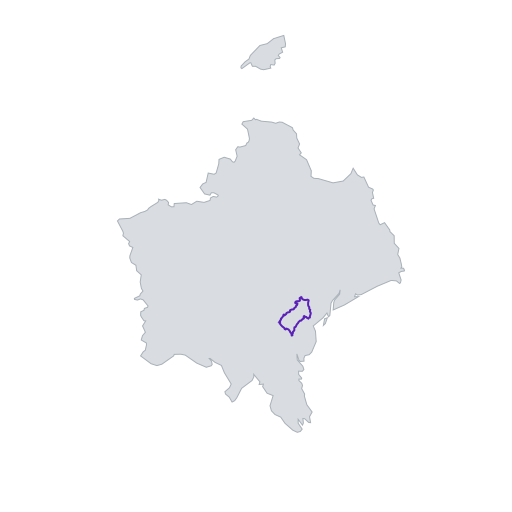 Deux-Sèvres highlighted on a map of France, rotated 234°
{"feature_id": "FRA-5285", "entity_name": "Deux-Sèvres", "entity_type": "Metropolitan department", "adm_level": 1, "iso_a3": "FRA", "parent_name": "France", "parent_adm1": "", "projection": "albers", "projection_center": [-0.346, 46.535], "detail": "medium", "context": "in_parent", "style": "outline", "palette": "violet", "viewbox_px": 512, "rotation_deg": 234, "n_neighbors": 0, "source": "natural_earth", "source_scale": "10m", "svg_char_len": 5592}
<svg xmlns="http://www.w3.org/2000/svg" viewBox="0 0 512 512"><g transform="rotate(234 256 256)"><path d="M359.2,210.6L356.7,212.3L355.4,215.5L353.7,216.4L350.7,216.7L349.0,215.0L345.4,216.5L344.1,218.6L346.5,220.7L340.0,231.0L335.6,234.0L335.1,240.3L329.9,245.5L328.2,250.7L328.1,251.7L329.7,253.2L329.3,256.4L326.7,258.8L326.9,260.9L327.7,261.1L331.9,259.1L333.4,257.0L332.3,254.5L336.4,250.9L344.3,251.0L345.6,255.2L344.9,258.9L351.2,266.1L346.7,270.2L346.6,272.6L352.4,280.0L355.9,282.9L354.6,288.3L349.5,292.2L346.1,292.3L344.7,293.3L345.0,294.9L347.8,299.4L353.9,302.0L355.1,305.5L353.6,306.9L351.4,312.6L352.8,315.2L352.5,316.4L353.3,318.2L355.0,319.8L363.6,323.7L371.0,322.1L372.2,324.6L368.3,332.2L368.9,335.3L366.6,335.6L366.3,336.7L361.9,339.6L355.1,347.4L351.8,349.9L350.7,353.6L348.8,355.8L338.3,360.9L336.2,360.1L331.0,360.6L327.5,358.3L321.0,357.1L318.7,353.5L312.8,353.2L312.3,350.7L304.2,353.5L292.4,350.8L288.1,347.3L284.8,348.5L282.0,351.9L269.9,361.3L265.4,370.6L266.8,381.1L269.9,386.2L262.1,385.7L257.6,387.5L256.5,389.7L245.5,387.5L241.5,389.8L240.4,389.7L238.9,387.5L233.5,385.1L234.2,383.4L233.5,381.8L228.4,380.7L226.7,382.3L224.7,379.2L210.5,374.7L208.3,374.8L207.4,379.6L198.4,379.5L197.0,378.7L191.2,379.7L185.0,375.3L178.1,376.1L173.9,371.5L169.8,371.2L164.0,368.8L161.4,367.5L161.0,366.1L159.3,368.2L157.2,367.7L156.7,367.1L158.1,364.5L158.5,361.6L151.3,359.3L149.4,357.1L149.4,356.0L153.3,355.0L156.8,351.0L160.3,336.1L162.9,318.5L164.7,315.2L166.9,314.3L165.1,311.8L162.9,315.0L164.4,298.8L167.0,286.7L172.8,291.7L174.2,293.9L175.9,301.2L179.2,304.2L177.0,301.3L175.0,291.6L173.7,288.9L164.5,280.8L164.2,278.9L168.2,279.9L166.6,273.9L165.8,261.2L160.2,259.9L151.4,254.4L145.5,244.6L144.9,241.0L146.6,237.2L145.2,234.7L142.7,233.0L144.7,229.8L146.5,229.5L152.8,231.5L147.7,228.3L139.3,229.1L136.0,228.0L135.5,225.7L137.8,222.8L135.1,220.9L130.3,221.2L129.7,220.4L131.2,218.3L130.0,217.5L126.1,218.2L123.9,217.5L121.9,215.0L115.7,214.2L114.3,212.8L105.8,209.7L96.8,209.7L94.5,204.8L89.1,202.2L90.3,200.8L95.8,199.7L97.0,198.4L93.1,196.2L91.8,194.2L99.1,194.1L95.9,191.8L88.8,191.6L88.0,188.7L89.1,185.8L93.4,183.4L103.7,181.1L111.1,181.3L116.5,178.2L121.7,177.5L126.6,179.3L133.0,187.8L138.5,184.3L146.4,184.6L148.0,186.7L150.2,183.0L151.9,185.2L161.6,184.6L159.4,183.1L157.6,179.6L157.4,166.6L152.6,157.1L151.5,153.7L151.9,150.8L157.5,151.4L162.3,150.2L164.5,151.1L165.0,157.1L167.0,160.7L180.1,161.8L187.8,163.7L194.1,160.3L200.1,158.7L200.6,157.9L197.1,158.2L194.0,156.8L193.5,155.2L195.2,150.4L204.2,145.1L217.4,140.5L220.7,137.5L224.5,132.0L223.6,130.7L223.8,116.2L225.6,111.4L230.5,107.8L243.0,103.9L244.8,108.5L244.8,111.0L248.3,115.0L250.0,116.2L255.5,113.8L258.3,117.4L259.3,121.7L266.1,123.1L268.3,128.6L269.5,127.3L273.7,127.4L275.7,127.7L278.6,130.0L277.9,133.4L279.2,134.9L278.2,138.1L279.1,139.3L286.9,138.9L289.2,137.3L290.0,134.2L292.3,132.2L293.2,132.7L292.1,138.6L293.2,140.0L294.1,144.0L297.0,144.2L303.0,147.0L308.2,152.1L314.2,150.8L319.1,153.4L323.9,151.4L328.6,152.7L330.3,154.1L335.3,161.4L338.5,159.6L340.9,160.2L341.9,162.3L350.6,160.2L352.4,162.2L354.3,162.8L365.8,164.5L366.2,167.3L360.6,176.1L358.9,188.0L357.4,192.2L357.0,195.3L357.7,197.3L357.7,200.4L357.1,208.1L358.1,210.2L359.2,210.6ZM419.5,361.2L419.5,366.1L421.6,369.3L424.0,382.9L421.2,389.9L421.5,398.0L418.1,408.1L410.5,404.7L408.0,402.6L409.6,398.8L405.2,397.3L405.8,393.6L405.2,391.9L402.3,392.1L402.0,391.1L403.8,388.2L403.6,386.5L400.6,384.7L399.8,382.9L402.2,380.5L400.8,378.7L399.3,378.4L402.2,371.7L404.4,369.6L409.7,367.2L411.6,364.6L415.4,365.4L415.9,364.7L415.9,354.7L417.1,354.4L418.4,355.6L419.5,361.2ZM164.9,274.6L164.1,277.4L160.6,272.4L160.2,269.7L164.9,274.6Z" fill="#d9dde1" stroke="#a8b0b8" stroke-width="1"/><path d="M178.3,267.0L177.8,266.8L177.3,266.5L175.3,263.9L174.7,263.5L174.9,263.1L174.9,262.6L174.6,261.6L176.0,260.9L177.0,260.9L177.9,260.0L178.3,259.9L178.7,259.9L179.1,259.7L179.1,259.4L179.1,259.2L178.8,258.9L178.1,258.2L177.6,258.3L177.5,258.1L177.4,257.7L177.6,256.4L177.2,254.7L177.3,254.3L177.6,254.0L177.8,253.6L177.5,251.4L177.0,250.5L176.9,249.8L176.8,249.2L176.2,247.9L175.6,246.9L175.4,246.4L175.4,246.0L175.7,245.3L175.6,245.1L174.9,244.4L173.6,243.5L173.4,243.3L173.1,242.4L173.0,241.4L172.7,241.0L172.1,240.7L171.3,239.3L170.5,238.8L170.6,238.3L170.7,238.2L171.3,238.4L172.2,239.0L172.6,239.1L174.2,238.9L174.8,239.1L176.0,239.2L177.5,239.1L179.3,238.0L179.4,237.8L179.4,237.6L179.2,237.2L179.2,236.8L179.6,236.5L180.0,236.3L180.5,236.4L181.0,236.6L182.6,236.2L183.2,235.9L185.6,235.6L186.9,235.7L187.5,235.5L188.0,235.8L188.2,236.4L188.4,236.8L188.9,236.9L189.1,236.5L189.6,237.7L189.8,238.6L189.9,238.9L190.4,239.1L190.7,239.5L190.7,240.3L191.3,242.4L191.7,243.0L192.1,243.4L192.2,243.7L192.2,244.2L191.9,244.4L191.2,244.4L191.2,245.0L191.3,246.3L191.8,246.9L191.9,247.4L191.7,248.5L191.1,249.7L191.0,250.2L191.0,250.8L191.4,251.3L192.0,251.5L192.1,252.0L191.5,253.9L191.0,254.5L190.9,254.8L190.9,255.7L191.3,256.2L191.4,256.8L191.3,258.0L191.6,258.5L192.0,258.9L192.1,259.1L192.1,260.0L192.3,260.5L192.7,261.1L193.2,261.5L193.6,261.3L194.2,260.4L194.6,260.2L195.1,260.2L195.5,260.7L195.7,261.4L195.5,262.2L195.2,262.8L194.4,263.9L194.2,264.4L194.1,265.1L194.4,265.6L196.2,266.5L196.3,267.0L196.1,268.0L196.2,268.4L195.7,268.6L194.8,268.1L193.7,268.3L192.5,268.9L191.5,269.8L190.8,271.0L190.6,271.6L190.3,272.1L189.9,272.3L189.4,272.5L188.9,272.3L187.7,270.8L185.8,269.4L184.8,269.0L183.3,269.0L182.1,268.1L181.6,268.0L180.6,268.2L179.7,267.2L179.2,266.9L178.3,267.0Z" fill="none" stroke="#5b21b6" stroke-width="2"/></g></svg>